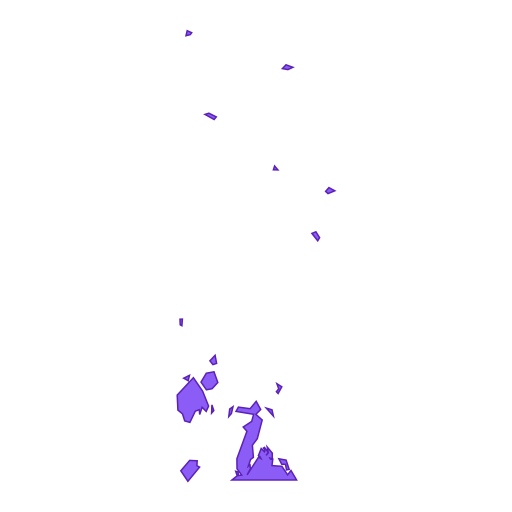 Torres, Queensland, Australia
{"feature_id": "25037944B43303794043608", "entity_name": "Torres", "entity_type": "district", "adm_level": 2, "iso_a3": "AUS", "parent_name": "Australia", "parent_adm1": "Queensland", "projection": "equal_earth", "projection_center": [142.441, -10.073], "detail": "medium", "context": "isolated", "style": "filled", "palette": "violet", "viewbox_px": 512, "rotation_deg": 0, "n_neighbors": 0, "source": "geoboundaries", "source_scale": "gbopen_adm2", "svg_char_len": 1939}
<svg xmlns="http://www.w3.org/2000/svg" viewBox="0 0 512 512"><path d="M296.6,480.0L291.0,470.5L287.6,474.8L281.9,466.3L272.0,465.6L272.8,459.2L271.2,459.4L270.4,458.9L270.0,458.1L272.3,458.9L272.3,453.1L267.2,447.0L268.3,452.8L266.1,455.4L268.2,452.4L264.5,447.4L263.4,448.1L264.4,449.4L264.8,450.9L264.4,451.8L261.2,448.5L258.4,455.6L260.0,456.7L260.9,458.5L258.6,457.1L247.1,474.9L250.4,468.8L250.0,464.9L248.3,466.2L250.6,459.5L253.4,457.4L252.4,445.2L257.3,438.7L262.2,420.0L255.9,414.3L260.7,409.5L256.2,401.3L250.1,408.7L238.4,407.1L236.0,411.4L253.6,414.3L251.7,421.4L243.2,427.0L246.9,431.3L236.9,458.7L237.0,468.8L241.7,475.1L238.5,475.5L238.0,472.0L235.7,471.3L237.2,475.8L231.9,480.0L296.6,480.0ZM193.4,377.7L177.2,395.1L177.9,410.1L182.5,413.9L184.7,420.9L189.9,422.4L195.3,411.2L199.2,409.7L199.7,414.5L202.1,407.3L206.2,411.4L208.6,406.1L202.6,391.1L193.4,377.7ZM197.2,460.8L189.7,460.4L180.8,470.8L187.9,481.3L199.6,467.1L196.9,465.7L197.2,460.8ZM206.3,373.2L201.0,382.1L206.4,389.8L212.1,388.7L217.8,382.5L214.0,371.8L206.3,373.2ZM289.2,469.4L286.1,460.1L278.9,458.8L281.7,464.2L285.5,464.4L286.5,469.9L289.2,469.4ZM216.3,116.9L208.9,113.2L205.0,114.4L214.1,119.5L216.3,116.9ZM311.9,233.4L317.7,240.8L319.6,237.7L315.9,231.8L311.9,233.4ZM325.6,191.4L328.0,193.6L334.8,190.8L328.9,187.6L325.6,191.4ZM215.1,355.3L209.9,360.8L212.9,364.6L216.6,363.4L215.1,355.3ZM282.4,68.6L287.9,69.6L292.9,67.3L286.0,64.8L282.4,68.6ZM276.9,383.7L278.7,388.8L276.4,391.7L278.1,393.5L281.8,386.8L276.9,383.7ZM266.3,408.1L273.4,416.1L272.0,409.8L266.3,408.1ZM211.9,404.9L211.6,413.1L213.8,410.6L211.9,404.9ZM186.0,35.7L190.3,34.6L191.7,32.7L187.2,30.7L186.0,35.7ZM180.0,319.2L180.2,324.8L181.9,325.7L182.4,319.1L180.0,319.2ZM228.8,416.5L231.4,413.5L233.0,406.7L229.7,409.0L228.8,416.5ZM188.2,380.7L189.5,375.3L183.7,378.2L188.2,380.7ZM277.9,169.9L274.6,166.0L273.4,169.8L277.9,169.9Z" fill="#8b5cf6" stroke="#5b21b6" stroke-width="1.5"/></svg>